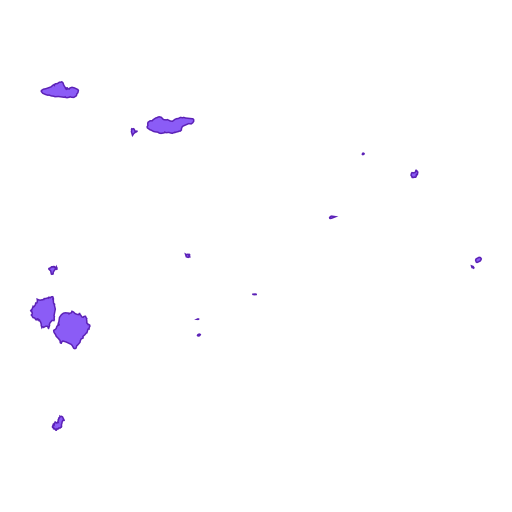 outline of Torres Strait Island, Queensland, Australia
{"feature_id": "25037944B93306496735140", "entity_name": "Torres Strait Island", "entity_type": "district", "adm_level": 2, "iso_a3": "AUS", "parent_name": "Australia", "parent_adm1": "Queensland", "projection": "robinson", "projection_center": [142.755, -9.902], "detail": "fine", "context": "isolated", "style": "filled", "palette": "violet", "viewbox_px": 512, "rotation_deg": 0, "n_neighbors": 0, "source": "geoboundaries", "source_scale": "gbopen_adm2", "svg_char_len": 5775}
<svg xmlns="http://www.w3.org/2000/svg" viewBox="0 0 512 512"><path d="M83.0,338.1L83.1,337.1L82.9,336.6L83.3,336.0L84.6,335.0L86.5,332.8L86.9,332.8L87.8,329.7L88.3,328.9L89.0,329.1L89.3,327.3L89.9,326.2L89.7,325.1L89.1,324.7L88.2,324.6L88.2,324.2L87.0,323.3L86.7,322.6L86.9,322.4L86.7,321.8L86.9,321.1L86.5,319.8L86.8,318.6L86.0,317.6L85.5,316.3L85.2,316.2L83.7,316.6L83.2,317.3L82.4,317.2L81.9,316.9L80.5,314.9L80.1,314.7L79.7,313.5L79.3,313.5L78.7,314.6L77.1,314.4L75.0,313.5L73.6,312.1L72.3,311.4L71.9,311.3L71.6,312.3L71.0,313.0L69.8,313.2L69.1,313.8L69.0,313.4L68.6,313.1L65.3,312.8L63.4,313.2L61.4,314.7L59.5,317.4L58.9,321.7L58.3,323.2L58.2,323.8L59.1,324.3L58.9,325.2L59.3,325.6L58.7,325.3L58.6,324.4L58.2,324.5L56.7,326.8L56.2,328.5L55.2,329.5L54.0,330.1L53.7,330.6L53.9,332.0L54.8,333.7L55.4,334.2L56.2,336.3L58.9,339.0L59.1,339.6L60.0,340.3L60.2,341.2L60.1,342.0L60.5,343.0L61.3,343.2L61.7,342.0L62.9,341.0L66.2,342.0L71.2,344.4L72.2,345.5L73.7,348.2L74.4,348.6L75.5,348.5L76.1,348.0L76.8,345.6L77.5,345.2L80.0,342.3L80.3,340.7L81.2,338.9L83.0,338.1ZM170.3,121.0L167.4,119.6L166.4,119.9L164.0,119.7L163.2,119.3L161.3,117.3L159.4,116.8L158.1,117.0L157.4,117.5L155.7,118.0L153.0,119.8L152.2,120.8L150.1,120.8L148.0,122.3L147.7,123.9L147.9,125.4L147.1,126.9L147.4,127.9L150.0,129.8L151.3,130.2L153.4,131.4L155.0,131.8L158.0,132.2L158.5,132.7L159.7,133.2L161.0,133.4L163.9,132.9L164.6,132.6L164.8,132.1L166.0,132.7L169.0,132.4L170.2,132.9L172.3,133.3L174.6,132.3L174.9,132.6L175.3,132.3L178.6,131.5L179.1,131.1L180.3,131.1L181.4,130.0L181.4,128.8L182.1,127.0L183.0,126.1L188.7,123.6L191.2,123.9L192.7,122.8L193.7,121.3L193.7,119.7L192.9,118.8L185.5,118.0L183.7,117.4L182.7,117.8L180.5,117.4L178.3,118.5L176.5,118.7L174.9,119.4L172.4,121.3L170.3,121.0ZM38.5,320.0L39.1,320.1L39.4,320.5L38.4,320.5L40.1,321.1L40.4,321.7L41.2,323.9L41.2,325.3L41.9,327.6L42.4,326.8L43.2,326.9L43.6,327.4L45.6,326.3L47.2,326.2L47.8,326.4L48.1,327.9L48.6,328.3L49.4,326.0L49.6,325.1L49.3,324.4L50.1,322.7L52.1,320.4L54.0,320.6L54.3,319.4L54.1,318.0L54.4,316.5L54.0,315.8L55.3,309.1L54.4,305.3L54.6,304.2L54.4,303.9L53.8,303.8L53.5,302.7L53.3,299.8L52.9,299.5L52.9,298.9L53.4,298.8L53.3,298.2L52.7,296.7L51.5,296.8L50.2,297.7L50.0,297.4L48.7,297.3L48.5,298.0L48.2,297.8L45.8,298.5L44.1,298.6L43.8,299.5L43.5,299.4L42.2,299.9L41.2,299.9L40.5,300.2L38.7,299.9L37.2,299.2L37.4,300.8L37.0,302.7L36.7,303.0L35.7,303.0L35.4,304.7L34.3,306.4L33.7,306.9L33.1,306.3L32.1,309.1L31.4,309.8L31.5,310.3L30.9,310.4L30.7,310.7L31.2,311.3L31.6,311.2L31.7,312.0L32.1,312.3L32.3,313.2L32.1,314.2L31.3,315.0L32.2,316.1L32.6,317.0L33.2,317.7L34.2,317.8L35.0,318.3L35.1,318.7L36.1,319.9L36.7,319.7L37.0,318.9L37.7,318.8L39.0,319.7L38.5,320.0ZM41.3,91.5L42.8,93.3L45.8,94.6L47.8,95.2L49.2,95.1L51.3,95.9L53.6,96.2L55.0,96.7L58.5,96.5L64.3,97.3L65.2,96.8L65.8,97.5L67.1,97.7L69.4,97.2L70.1,96.7L71.1,97.2L73.3,97.4L73.8,97.4L76.2,95.9L76.7,94.9L76.7,94.1L77.9,92.7L78.4,90.4L77.8,89.5L74.4,87.9L72.0,87.3L69.9,88.0L69.1,89.1L68.1,88.7L66.5,89.4L65.8,88.8L66.3,88.6L66.8,87.9L65.9,88.0L64.7,86.8L63.7,85.0L63.0,82.9L61.8,81.8L60.7,82.2L59.4,82.2L57.3,83.6L55.3,83.8L54.9,84.4L54.3,84.5L54.3,85.1L53.9,84.7L52.8,85.3L51.0,86.9L45.9,88.7L43.4,89.2L41.4,90.5L41.3,91.5ZM60.6,416.6L60.1,416.3L60.2,416.8L59.7,417.0L59.6,417.3L58.8,418.0L59.0,418.7L58.6,418.9L58.1,420.0L58.3,420.7L57.9,421.5L58.1,422.2L57.6,422.0L57.8,422.2L57.6,422.3L57.6,422.7L57.2,422.8L57.2,423.1L57.1,422.7L56.7,423.0L55.2,422.0L54.9,422.8L54.5,423.1L54.3,424.1L53.7,423.9L53.4,424.0L53.2,424.8L53.6,425.3L53.0,425.2L52.5,426.6L52.9,426.8L52.7,427.4L53.5,427.6L53.5,428.7L53.9,428.9L54.6,428.6L55.0,429.3L55.5,429.2L55.9,429.7L55.9,430.2L56.4,430.2L56.7,429.0L57.1,428.6L57.7,429.1L58.6,428.7L58.9,427.9L60.2,428.0L60.5,427.4L61.3,427.2L61.6,426.3L61.5,426.0L61.5,424.3L61.8,423.7L62.3,421.3L63.1,420.2L63.7,420.5L64.1,420.4L64.0,419.9L62.5,416.9L61.4,416.3L60.6,416.6ZM50.7,270.9L51.3,274.0L51.7,274.3L52.4,274.2L52.6,273.8L53.2,273.8L53.1,273.2L53.3,272.1L54.7,269.9L55.8,269.0L56.3,268.9L56.6,269.3L57.0,269.1L56.8,267.5L56.2,267.4L56.2,267.1L55.8,267.7L55.2,267.7L54.9,267.2L54.5,267.5L54.1,267.1L54.3,266.6L53.5,266.5L52.9,267.0L52.7,266.7L51.4,266.8L51.0,267.6L49.0,268.4L48.8,268.7L48.9,269.2L50.7,270.9ZM415.7,171.4L414.9,172.6L413.8,172.7L413.6,172.9L412.0,172.6L411.5,173.2L411.0,175.2L411.9,176.6L412.0,177.1L412.4,177.1L412.4,177.5L413.1,177.6L414.3,177.1L414.5,177.3L415.7,177.2L416.2,176.3L416.2,175.9L416.5,175.5L416.3,175.2L416.7,174.9L416.6,174.5L417.4,174.5L417.8,172.1L417.6,171.8L417.1,171.6L417.0,171.1L416.3,171.3L416.4,170.5L416.1,170.2L415.9,170.3L415.7,171.4ZM481.3,258.9L480.5,257.6L479.1,257.3L476.1,258.9L475.6,260.1L476.2,262.0L476.8,262.4L477.3,262.4L480.2,261.0L480.8,260.1L481.3,258.9ZM131.4,131.6L132.5,135.4L133.2,134.4L133.2,134.0L135.4,132.2L136.4,131.9L137.0,131.4L136.9,131.1L136.0,131.2L135.1,131.0L134.9,131.2L134.3,129.4L133.6,128.7L132.9,129.0L131.8,128.7L131.5,129.4L131.7,131.2L131.4,131.6ZM189.4,255.8L189.7,254.9L189.1,254.3L188.6,254.8L188.3,254.4L187.3,254.3L186.5,255.0L186.4,254.6L185.5,254.1L186.3,256.8L188.2,257.4L189.3,257.0L189.2,256.7L189.7,256.7L189.1,255.7L189.4,255.8ZM330.5,216.5L329.6,217.6L329.8,218.3L330.2,218.5L331.7,218.2L335.5,216.7L331.5,216.1L330.5,216.5ZM197.5,335.4L198.1,336.0L199.1,335.9L199.8,335.4L200.3,334.6L199.7,334.1L198.5,334.3L197.9,334.7L197.5,335.4ZM471.5,265.9L471.8,267.1L472.2,267.7L472.8,267.6L473.6,268.2L473.9,267.8L473.1,266.5L471.5,265.9ZM252.9,294.4L254.2,294.7L256.8,294.5L255.3,294.0L252.9,294.2L252.9,294.4ZM362.6,154.3L362.7,154.6L363.1,154.6L364.0,154.1L364.1,153.6L363.6,153.2L363.0,153.1L362.3,154.1L362.6,154.3ZM198.6,319.0L197.9,318.9L197.0,319.3L198.0,319.4L198.6,319.2L198.6,319.0Z" fill="#8b5cf6" stroke="#5b21b6" stroke-width="1.5"/></svg>